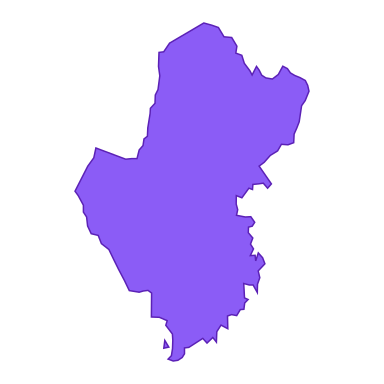 the district of Santo Antônio do Planalto, Rio Grande do Sul, Brazil
{"feature_id": "56859067B7641888126527", "entity_name": "Santo Antônio do Planalto", "entity_type": "district", "adm_level": 2, "iso_a3": "BRA", "parent_name": "Brazil", "parent_adm1": "Rio Grande do Sul", "projection": "equal_earth", "projection_center": [-52.67, -28.37], "detail": "fine", "context": "isolated", "style": "filled", "palette": "violet", "viewbox_px": 384, "rotation_deg": 0, "n_neighbors": 0, "source": "geoboundaries", "source_scale": "gbopen_adm2", "svg_char_len": 1841}
<svg xmlns="http://www.w3.org/2000/svg" viewBox="0 0 384 384"><path d="M75.0,191.2L78.2,195.6L83.4,205.2L83.4,212.1L86.6,217.0L87.6,226.0L91.2,233.7L98.2,235.4L101.4,243.6L108.9,249.5L114.1,260.3L118.5,269.2L124.5,280.6L129.3,290.6L139.2,292.2L143.3,291.0L148.0,290.4L151.6,293.0L151.4,317.0L159.4,317.3L167.2,320.7L165.8,325.3L172.4,334.0L172.8,340.2L172.5,348.7L171.4,355.7L168.1,359.1L173.2,361.0L177.9,360.3L182.2,357.5L184.5,353.8L184.5,347.9L188.8,347.4L202.8,338.4L207.0,343.1L212.8,337.5L216.4,342.1L216.8,331.7L221.0,325.1L227.8,328.7L227.5,316.0L231.6,314.6L236.7,315.6L240.3,309.6L243.9,309.3L244.7,303.0L248.1,299.5L244.5,297.9L244.1,290.1L243.7,283.5L249.3,285.0L253.1,285.0L257.3,292.5L257.5,284.2L259.8,277.7L258.2,270.9L264.9,263.8L262.6,257.7L258.3,252.9L255.7,260.9L255.1,255.3L250.3,255.6L253.5,248.9L250.5,244.1L252.8,238.0L248.3,232.7L248.5,227.1L252.2,226.2L254.7,222.3L250.8,216.7L245.3,217.0L236.5,215.3L237.7,209.7L236.2,204.1L236.3,195.6L241.9,197.8L248.9,188.2L252.5,189.5L252.9,184.4L258.2,183.9L263.3,183.2L267.6,188.2L271.4,183.9L259.1,166.1L264.2,162.3L270.3,155.4L277.6,150.9L281.4,144.3L288.0,144.8L293.7,142.7L294.1,134.1L296.8,128.0L299.2,121.8L301.6,105.7L305.2,100.6L309.0,91.2L307.7,85.4L305.3,80.5L300.0,77.6L294.8,75.5L290.4,72.9L287.4,68.6L282.8,66.2L278.3,74.5L272.4,79.0L265.8,77.9L261.7,75.2L259.2,70.2L256.5,66.4L252.1,75.0L249.9,70.8L244.3,63.3L241.8,55.3L235.8,53.1L236.9,46.2L231.7,37.5L224.0,36.8L218.4,27.5L211.8,25.2L203.8,23.0L169.6,43.1L163.7,51.8L159.0,52.4L158.5,66.4L159.8,75.8L158.0,89.6L155.3,95.0L155.0,103.3L150.4,108.3L150.1,113.6L147.8,127.8L147.4,136.3L144.0,138.9L143.0,145.6L139.2,149.9L137.0,158.6L131.7,158.6L125.7,159.2L95.9,148.0L93.8,157.8L87.8,166.1L75.0,191.2ZM168.8,347.1L164.8,340.4L163.8,348.2L168.8,347.1Z" fill="#8b5cf6" stroke="#5b21b6" stroke-width="1.5"/></svg>